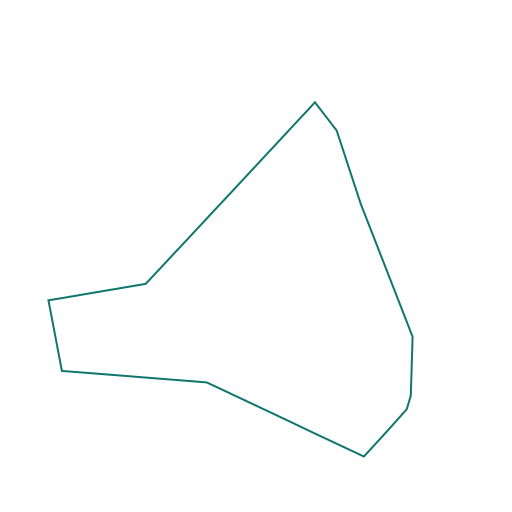 Vlieland, Netherlands, rotated 106°
{"feature_id": "6326949B88716903522268", "entity_name": "Vlieland", "entity_type": "district", "adm_level": 2, "iso_a3": "NLD", "parent_name": "Netherlands", "parent_adm1": "", "projection": "mercator", "projection_center": [5.012, 53.205], "detail": "fine", "context": "isolated", "style": "outline", "palette": "teal", "viewbox_px": 512, "rotation_deg": 106, "n_neighbors": 0, "source": "geoboundaries", "source_scale": "gbopen_adm2", "svg_char_len": 986}
<svg xmlns="http://www.w3.org/2000/svg" viewBox="0 0 512 512"><g transform="rotate(106 256 256)"><path d="M405.0,182.8L410.2,151.7L414.4,125.6L419.0,97.0L391.1,83.1L383.8,79.5L361.8,68.9L347.6,68.7L290.5,83.2L249.5,114.4L177.0,169.7L113.2,213.0L92.0,241.7L97.0,244.2L103.4,247.4L110.1,250.9L120.2,256.0L130.6,261.3L140.3,266.2L147.4,269.8L150.3,271.3L160.9,276.7L169.3,280.9L170.6,281.6L175.1,283.9L180.6,286.7L186.7,289.8L193.0,293.0L199.0,296.0L205.7,299.5L211.3,302.3L218.1,305.8L224.1,308.9L231.2,312.5L237.8,315.8L245.2,319.6L250.7,322.4L257.2,325.7L263.0,328.7L270.4,332.5L277.0,335.9L283.7,339.3L290.2,342.6L296.3,345.7L304.5,349.9L313.2,354.4L317.3,362.9L320.8,370.2L324.7,378.4L325.4,379.7L326.7,382.4L328.6,386.6L332.3,394.2L333.1,395.8L336.6,403.2L340.8,411.9L344.2,418.9L347.3,425.5L347.5,425.8L350.7,432.5L353.8,439.1L355.8,443.3L391.6,425.2L395.0,423.5L420.0,410.9L409.2,358.0L400.3,313.9L391.1,268.5L405.0,182.8Z" fill="none" stroke="#0f766e" stroke-width="2"/></g></svg>